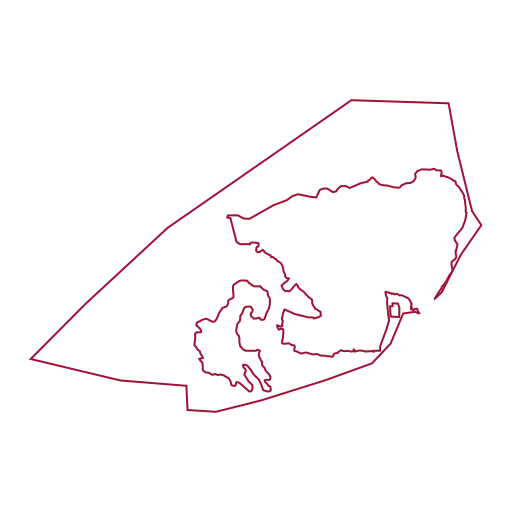 Zemam Out, Al Fayyum, Egypt
{"feature_id": "37247803B45128523411897", "entity_name": "Zemam Out", "entity_type": "district", "adm_level": 2, "iso_a3": "EGY", "parent_name": "Egypt", "parent_adm1": "Al Fayyum", "projection": "orthographic", "projection_center": [30.662, 29.347], "detail": "fine", "context": "isolated", "style": "outline", "palette": "rose", "viewbox_px": 512, "rotation_deg": 0, "n_neighbors": 0, "source": "geoboundaries", "source_scale": "gbopen_adm2", "svg_char_len": 6115}
<svg xmlns="http://www.w3.org/2000/svg" viewBox="0 0 512 512"><path d="M419.2,313.2L418.0,311.3L417.4,309.9L417.3,309.1L417.0,308.7L414.9,308.9L414.1,309.7L412.7,310.0L412.0,309.4L411.8,308.1L411.0,308.6L410.9,306.9L411.7,304.2L411.4,304.1L410.4,301.3L409.6,299.9L408.3,298.4L402.5,295.5L401.2,295.2L399.7,295.4L397.5,294.1L396.2,293.8L394.7,294.5L393.6,293.6L392.8,293.5L391.9,294.0L390.9,293.2L385.7,291.7L385.4,292.1L385.4,292.9L386.0,294.3L385.8,295.2L387.3,298.3L387.1,302.9L388.5,317.0L389.1,320.1L386.7,328.7L380.6,345.0L380.2,346.4L380.0,350.7L373.6,350.8L373.5,351.7L372.0,351.1L365.1,351.5L361.9,350.6L359.6,350.6L357.7,350.8L354.8,351.6L354.5,351.3L354.5,350.2L353.7,349.6L353.3,350.9L352.0,351.6L347.8,350.9L344.6,351.2L342.9,351.0L341.5,350.2L341.0,350.2L339.0,351.5L337.6,352.9L334.4,353.6L333.9,354.0L332.9,356.4L332.0,356.9L329.4,356.2L327.1,356.3L325.2,355.7L321.1,355.7L316.6,353.9L313.1,354.5L306.5,352.6L305.6,352.5L301.0,353.6L297.7,351.9L295.7,351.2L294.6,351.1L294.2,349.4L294.8,347.3L294.6,346.0L294.1,345.3L291.6,345.1L290.2,344.0L288.6,343.3L284.1,343.9L282.3,343.3L282.1,342.9L282.3,339.9L282.9,338.3L283.1,335.2L283.4,334.0L283.3,329.8L283.0,329.2L282.1,328.9L280.6,328.9L278.9,329.7L277.8,328.0L277.1,326.1L277.3,325.3L280.6,326.6L282.0,326.3L282.4,325.9L281.9,324.5L282.9,321.2L282.1,319.5L281.9,318.4L282.7,315.5L282.8,314.0L283.7,311.8L283.8,310.8L284.3,310.1L284.2,309.9L284.9,309.5L285.2,309.6L286.2,310.3L290.4,312.0L294.6,314.0L308.6,317.4L313.0,317.4L313.9,318.5L317.3,317.6L319.6,316.6L320.6,315.9L320.9,315.6L320.4,311.7L314.9,308.5L314.5,307.1L313.8,306.7L312.2,303.4L312.1,300.6L311.8,299.4L308.4,296.9L303.5,291.7L299.8,289.0L298.2,287.2L297.6,285.6L296.2,284.0L293.4,286.9L291.8,289.2L289.6,291.2L285.2,291.0L283.0,289.0L281.6,285.5L284.3,283.0L287.2,281.0L288.9,278.5L286.6,278.0L286.0,277.6L285.2,276.4L285.1,274.5L283.5,271.2L283.5,270.2L282.3,265.4L280.8,263.1L278.6,261.5L277.4,261.1L276.4,259.5L275.0,258.8L272.9,257.0L271.2,257.1L270.9,256.8L270.6,255.5L266.2,253.3L264.3,251.9L264.1,251.0L262.6,249.9L259.8,251.8L258.4,252.3L257.1,251.8L256.2,250.9L256.1,249.9L256.5,248.9L256.4,247.9L256.6,247.3L256.8,247.0L257.9,246.7L258.7,245.4L258.5,243.2L257.9,242.9L252.3,242.5L250.2,243.2L250.1,244.2L249.8,244.5L248.1,244.1L240.6,244.2L239.8,244.1L236.5,241.8L230.4,218.1L227.2,217.5L227.9,215.4L237.7,215.3L243.7,218.5L249.5,218.8L273.7,205.1L286.8,200.2L292.3,196.2L298.0,194.2L309.8,196.7L316.4,197.4L319.2,190.9L320.4,189.6L323.7,188.5L327.2,188.5L332.8,192.1L336.1,191.4L337.5,189.3L340.9,186.1L346.3,186.2L349.6,188.0L360.8,183.2L367.8,181.6L368.0,180.7L370.0,179.6L371.1,178.1L372.2,177.4L374.0,178.5L376.1,181.1L379.1,183.9L380.3,184.6L382.4,185.1L387.5,185.6L394.1,187.4L398.8,187.7L399.9,187.4L401.4,185.5L405.0,183.7L405.9,183.3L410.3,183.0L413.2,181.4L414.5,180.0L415.7,177.3L415.1,173.9L417.4,171.1L421.9,169.3L430.3,169.7L434.3,168.8L436.3,170.3L441.0,170.5L441.6,172.2L441.6,173.9L441.0,174.8L441.2,176.2L443.6,175.7L445.8,176.8L447.3,177.0L451.7,179.2L453.5,180.7L455.3,181.2L455.6,181.8L455.9,183.9L456.8,185.2L459.2,187.3L461.2,190.7L461.9,191.5L464.0,195.3L464.3,198.5L464.8,199.7L465.7,207.1L465.8,209.5L465.6,210.7L465.9,212.6L466.5,212.8L465.5,218.9L464.7,221.8L462.6,227.2L461.2,229.4L456.6,234.7L454.4,238.0L454.7,239.9L455.2,241.1L457.5,244.2L457.2,246.0L455.9,251.2L455.7,251.1L455.6,253.2L456.4,256.7L455.4,258.8L451.9,261.6L451.6,262.2L451.5,263.6L451.8,266.9L452.6,270.0L451.6,272.4L449.5,275.1L445.7,282.4L445.0,282.7L444.9,283.3L443.7,285.2L442.6,285.6L442.0,286.5L441.1,288.7L437.9,293.3L434.8,298.4L434.9,298.7L437.8,296.0L441.7,292.3L460.8,254.8L481.3,225.2L472.0,211.0L457.2,150.9L448.6,103.3L351.4,100.2L167.7,227.8L85.7,303.7L30.7,359.0L120.6,380.5L186.4,385.8L187.5,410.0L215.9,411.8L261.5,400.3L325.7,380.1L371.9,363.4L390.6,343.6L403.2,313.5L415.1,311.8L418.5,313.3L419.2,313.2ZM254.0,286.3L260.5,286.3L260.9,287.2L263.1,289.2L264.3,290.1L266.6,290.8L267.5,291.7L268.0,295.6L269.5,297.6L270.0,299.8L269.8,304.8L268.6,309.2L266.4,313.3L264.5,319.1L263.4,319.7L261.5,319.9L260.4,319.3L259.8,318.1L259.1,317.6L256.3,318.5L253.5,318.6L252.4,317.2L251.3,316.6L250.6,314.5L251.3,312.6L252.1,312.1L252.7,310.1L252.2,308.6L250.7,306.8L249.7,306.5L245.9,306.8L244.0,308.2L242.3,313.1L240.2,316.2L240.3,318.1L239.7,321.4L237.4,323.7L236.6,327.7L236.2,331.7L237.5,334.5L238.4,335.1L238.9,336.1L239.5,339.0L239.3,340.8L239.6,343.7L240.3,346.4L241.6,347.6L243.0,349.4L245.7,350.7L254.3,350.8L256.0,350.7L257.4,349.8L259.0,350.3L259.9,350.9L259.3,352.1L258.8,355.3L259.5,357.7L260.5,358.9L260.9,360.5L262.0,361.7L262.0,364.6L262.6,365.9L263.5,366.7L264.7,368.2L265.5,370.5L269.3,374.7L270.4,376.7L270.2,379.0L269.7,379.9L265.7,379.9L264.7,380.4L265.2,382.0L266.7,383.4L268.6,385.9L270.4,386.7L270.8,390.2L270.1,391.2L267.5,391.5L263.2,390.1L261.3,384.7L259.0,379.6L254.9,375.8L252.1,372.2L251.2,370.4L247.4,365.7L245.2,364.8L243.2,364.9L243.1,365.9L243.5,367.4L245.0,368.7L245.8,370.1L245.8,371.0L245.1,372.0L244.3,374.6L248.8,381.6L252.3,385.0L252.5,386.4L252.4,389.0L251.1,391.3L249.3,391.5L240.1,383.4L238.4,382.4L237.4,382.1L236.2,382.4L235.8,384.6L235.1,385.8L233.2,385.8L231.4,385.0L230.7,381.8L229.1,378.7L227.6,377.6L226.0,376.8L223.9,375.4L221.0,374.6L217.4,374.9L215.5,374.0L212.3,374.8L210.8,374.1L209.2,372.9L205.4,372.3L203.5,370.9L202.9,370.1L202.6,369.0L202.8,367.9L202.5,363.7L201.7,361.8L200.6,361.0L199.3,358.9L202.9,358.0L202.3,356.5L200.4,353.3L199.7,351.0L198.0,350.0L197.0,348.9L196.1,347.0L194.7,345.7L194.4,345.0L195.3,336.7L195.0,334.0L196.2,332.4L200.6,332.3L201.1,331.8L201.2,331.1L201.2,330.7L199.8,328.5L196.4,325.3L196.6,323.9L197.3,322.3L200.2,321.1L201.8,320.0L205.5,318.8L207.1,319.0L212.0,321.5L213.1,321.8L214.7,321.5L216.7,318.9L219.4,312.5L222.5,307.9L226.8,306.3L228.3,303.4L228.1,302.3L228.4,300.5L229.9,299.2L232.7,298.2L233.6,296.7L232.9,288.7L233.1,285.8L234.0,284.5L239.4,280.9L242.0,280.4L247.1,280.7L248.9,282.9L250.5,283.8L251.7,285.0L254.0,286.3ZM399.4,308.1L399.2,317.0L390.7,316.6L390.0,306.4L392.6,306.2L392.5,303.3L398.0,303.6L399.4,308.1Z" fill="none" stroke="#9f1239" stroke-width="2"/></svg>